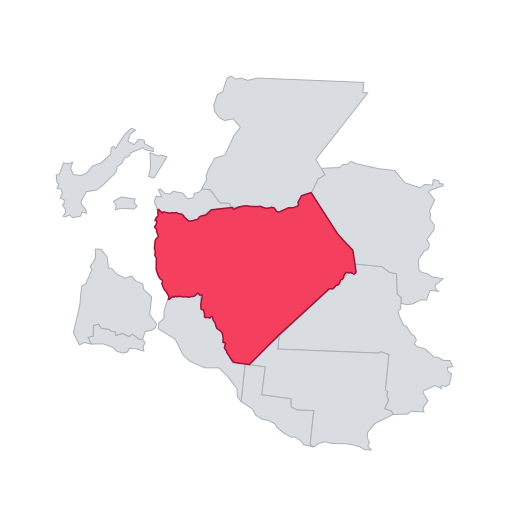 map of Algeria with Western Sahara, Mali, Mauritania and 7 others greyed out, rotated 276°
{"feature_id": "DZA", "entity_name": "Algeria", "entity_type": "country or territory", "adm_level": 0, "iso_a3": "DZA", "parent_name": "Africa", "parent_adm1": "", "projection": "equal_earth", "projection_center": [1.791, 28.04], "detail": "fine", "context": "with_neighbors", "style": "filled", "palette": "rose", "viewbox_px": 512, "rotation_deg": 276, "n_neighbors": 10, "source": "natural_earth", "source_scale": "50m", "svg_char_len": 10187}
<svg xmlns="http://www.w3.org/2000/svg" viewBox="0 0 512 512"><g transform="rotate(276 256 256)"><path d="M147.6,256.4L146.8,276.8L118.7,276.2L117.8,305.8L109.7,306.8L107.3,312.8L108.4,329.6L74.2,329.6L72.1,333.5L73.4,323.1L76.9,319.9L80.0,313.8L79.6,309.9L83.0,301.7L88.1,294.4L91.1,292.5L93.7,285.8L94.2,279.6L97.6,272.5L103.5,268.4L109.8,256.4L147.6,256.4Z" fill="#d9dde1" stroke="#a8b0b8" stroke-width="1"/><path d="M118.5,439.4L117.9,426.6L114.6,423.3L112.8,409.0L115.8,406.8L117.5,399.8L126.4,402.8L131.4,400.5L134.8,401.3L136.2,398.6L171.8,398.4L173.8,390.1L172.3,388.6L165.7,287.5L178.9,287.3L237.0,338.0L239.1,343.5L248.6,348.8L248.7,356.3L258.4,355.1L258.6,382.4L253.8,390.3L253.1,397.6L233.1,400.5L229.8,404.8L218.4,405.3L216.2,403.0L211.4,404.7L203.0,409.7L201.3,413.4L194.4,418.8L193.2,421.8L189.4,424.3L185.1,422.7L182.7,425.6L181.3,433.8L174.1,443.7L174.3,447.8L171.8,452.9L172.3,459.9L166.5,463.2L165.2,458.0L161.1,459.2L159.4,462.7L148.8,461.9L146.1,458.4L146.6,454.8L145.5,453.4L143.6,454.6L145.9,447.6L139.3,436.6L137.6,436.3L130.0,442.2L122.3,437.8L118.5,439.4Z" fill="#d9dde1" stroke="#a8b0b8" stroke-width="1"/><path d="M72.1,333.5L74.2,329.6L108.4,329.6L107.3,312.8L109.7,306.8L117.8,305.8L118.7,276.2L146.8,276.8L147.4,259.5L178.9,287.3L165.7,287.5L172.3,388.6L173.8,390.1L171.8,398.4L136.2,398.6L134.8,401.3L131.4,400.5L126.4,402.8L117.5,399.8L115.8,406.8L112.8,409.0L102.0,392.0L92.1,385.4L87.1,385.5L82.8,388.1L78.4,387.1L75.2,390.9L74.7,384.5L77.3,378.6L78.8,367.5L77.5,350.0L78.6,344.1L76.5,338.5L72.1,333.5Z" fill="#d9dde1" stroke="#a8b0b8" stroke-width="1"/><path d="M350.0,311.7L352.7,329.8L356.1,332.9L356.3,336.6L360.1,340.6L358.3,345.7L355.6,369.6L355.6,385.0L344.5,396.2L341.0,412.0L344.8,416.4L344.9,424.1L350.6,424.4L349.8,430.0L347.3,430.7L347.1,434.5L345.5,434.8L339.2,421.6L337.1,421.2L330.3,427.9L318.5,423.7L316.0,425.4L310.8,425.0L305.6,430.1L301.0,430.4L290.2,424.2L286.0,427.1L281.5,426.9L278.1,422.4L269.2,417.9L259.6,419.4L257.3,421.9L256.1,428.8L253.5,433.7L252.9,444.4L246.1,437.5L242.9,437.5L239.9,441.0L240.1,432.8L229.9,430.1L229.6,424.3L224.6,416.5L223.4,411.0L224.1,405.3L229.8,404.8L233.1,400.5L253.1,397.6L253.8,390.3L258.6,382.4L258.4,355.1L270.8,349.9L295.8,326.8L325.1,304.6L338.9,309.6L344.0,316.0L350.0,311.7Z" fill="#d9dde1" stroke="#a8b0b8" stroke-width="1"/><path d="M301.5,226.6L297.3,206.5L285.0,192.8L284.1,184.5L289.0,178.4L290.7,169.4L289.1,159.1L290.6,153.5L299.4,149.2L305.1,150.5L305.0,155.9L311.8,152.0L312.5,154.0L308.6,159.3L308.7,164.3L311.7,167.0L310.9,176.4L305.7,181.9L307.5,187.9L311.7,188.1L314.0,193.3L317.2,195.1L317.1,203.6L305.1,214.6L305.5,224.0L301.5,226.6Z" fill="#d9dde1" stroke="#a8b0b8" stroke-width="1"/><path d="M151.2,101.5L157.5,97.4L159.3,102.4L169.9,101.5L171.9,106.7L168.1,109.5L167.7,117.6L166.3,119.2L165.8,124.1L162.3,125.0L165.2,131.3L162.7,138.3L165.4,141.4L161.0,148.4L161.5,151.9L158.1,154.7L153.9,153.2L149.7,154.4L151.3,146.0L150.8,139.4L147.3,138.4L145.6,134.4L146.6,127.5L150.0,123.7L152.7,113.1L151.2,101.5Z" fill="#d9dde1" stroke="#a8b0b8" stroke-width="1"/><path d="M161.5,151.9L161.0,148.4L165.4,141.4L162.7,138.3L165.2,131.3L162.3,125.0L165.8,124.1L166.3,119.2L167.7,117.6L168.1,109.5L171.9,106.7L169.9,101.5L159.3,102.4L157.5,97.4L151.2,101.5L152.0,94.2L149.1,89.7L160.5,82.4L188.7,85.9L207.8,85.7L210.9,89.7L225.3,94.3L228.1,92.1L237.0,96.7L246.1,95.4L246.5,101.4L239.1,108.3L228.9,110.5L228.2,114.0L223.2,119.8L220.1,128.4L223.2,134.4L218.5,139.1L216.6,146.1L210.5,148.2L204.6,156.5L186.5,156.4L178.0,164.3L174.1,163.4L171.2,159.8L169.1,153.6L161.5,151.9Z" fill="#d9dde1" stroke="#a8b0b8" stroke-width="1"/><path d="M302.6,51.0L307.3,52.4L308.1,50.5L315.5,48.8L317.4,52.2L328.5,54.8L328.0,59.6L330.1,63.9L323.9,62.4L317.9,65.9L317.8,73.8L320.7,78.9L328.3,84.0L332.7,92.5L342.0,100.7L348.2,100.7L350.3,103.0L348.2,105.0L361.7,111.9L368.9,117.4L369.9,119.3L368.7,123.1L363.9,118.2L356.8,116.5L354.0,123.2L360.0,127.1L359.5,132.7L356.1,133.3L352.4,142.4L349.1,143.2L350.2,134.3L351.8,132.0L345.5,120.6L342.1,119.3L339.5,114.8L334.2,112.9L330.6,108.7L324.6,108.0L310.7,96.6L305.0,90.7L302.2,80.6L291.8,76.1L288.3,77.5L283.9,82.2L280.7,82.9L281.5,78.5L277.2,77.3L275.0,69.5L277.6,66.4L275.2,62.7L275.4,59.9L278.8,62.0L282.5,61.5L286.7,58.2L288.1,59.7L291.7,59.4L293.2,55.4L298.9,56.7L302.2,55.0L302.6,51.0ZM333.3,141.9L347.6,139.8L345.2,148.2L346.6,151.5L345.2,157.1L322.9,146.4L323.8,140.9L333.3,141.9ZM291.7,111.7L295.5,108.5L300.6,115.9L300.0,129.8L296.3,129.1L293.1,132.6L290.0,129.8L289.3,117.1L287.3,111.2L291.7,111.7Z" fill="#d9dde1" stroke="#a8b0b8" stroke-width="1"/><path d="M114.1,252.2L122.1,250.9L133.5,240.2L140.9,230.8L139.4,216.8L144.3,201.4L150.0,193.9L164.8,184.3L173.4,166.4L179.5,166.4L184.3,171.0L192.1,170.3L204.1,172.8L207.1,179.8L210.2,198.1L212.4,200.4L210.8,204.7L199.9,206.6L196.0,210.7L191.2,211.7L190.7,220.0L180.7,224.4L177.4,230.0L161.9,234.7L148.0,243.1L147.6,256.4L109.8,256.4L114.1,252.2Z" fill="#d9dde1" stroke="#a8b0b8" stroke-width="1"/><path d="M433.1,238.6L439.9,345.1L429.8,345.2L429.9,350.1L358.5,305.4L344.0,316.0L338.9,309.6L325.1,304.6L321.1,297.4L314.1,292.0L310.1,294.1L306.9,287.7L306.5,282.8L301.2,274.4L304.5,269.6L303.8,251.0L305.0,241.7L301.5,226.6L305.5,224.0L305.1,214.6L317.1,203.6L317.2,195.1L327.2,198.9L330.6,197.9L337.6,199.8L348.9,204.7L353.3,214.6L373.1,221.4L382.4,227.0L390.0,219.0L387.5,210.4L389.7,205.0L395.4,199.8L401.0,198.3L412.4,200.6L415.7,205.5L430.0,208.8L432.3,212.4L429.8,217.8L431.4,222.6L429.8,229.5L433.1,238.6Z" fill="#d9dde1" stroke="#a8b0b8" stroke-width="1"/><path d="M291.9,153.6L292.1,154.2L292.1,154.7L291.4,155.2L290.9,155.5L290.3,156.9L289.2,157.9L289.0,158.1L289.0,158.4L289.8,158.8L290.1,159.2L290.2,159.8L289.9,161.7L289.8,163.2L289.5,165.2L289.6,165.9L289.9,166.8L290.2,167.5L290.3,168.3L290.2,170.2L290.6,171.4L290.9,172.4L290.3,173.7L290.0,174.8L289.9,176.5L289.9,177.5L289.4,178.5L288.9,179.4L288.3,179.9L287.5,180.4L286.6,181.1L285.9,182.8L284.3,184.2L284.0,184.7L283.9,185.8L283.9,187.4L284.3,188.7L285.1,190.5L285.8,192.6L286.0,193.6L286.3,194.0L287.2,194.7L288.9,195.6L289.2,196.0L290.1,197.4L290.9,199.9L291.2,201.6L292.7,203.0L294.2,204.2L295.5,205.3L297.0,206.5L297.3,206.8L297.8,209.4L298.4,211.9L299.0,214.6L299.6,217.4L300.3,220.7L300.7,222.5L301.2,224.8L301.8,227.4L301.0,228.0L300.1,228.7L300.8,230.1L302.1,232.3L303.0,234.1L303.3,234.9L304.0,237.1L304.5,239.3L304.7,240.0L304.9,241.7L304.8,246.3L305.3,252.1L305.9,255.1L305.2,257.7L304.6,260.2L304.6,261.5L305.0,263.5L305.4,265.0L306.0,265.8L305.9,268.2L305.7,269.1L304.3,270.4L302.6,271.6L302.2,272.6L302.1,273.8L302.3,274.7L303.5,276.7L305.3,279.8L307.3,283.1L307.5,284.0L307.6,286.4L308.4,289.4L309.3,290.7L309.7,291.7L310.3,292.4L310.9,292.9L311.3,293.0L313.4,292.1L317.1,293.5L320.5,294.9L320.8,295.2L321.6,296.9L322.9,299.8L323.9,302.1L324.8,304.1L320.4,307.6L316.0,311.2L311.6,314.7L307.1,318.3L302.7,321.9L298.3,325.4L293.8,329.0L289.3,332.6L286.4,334.9L284.5,337.0L282.1,339.7L279.9,342.3L278.1,344.3L275.9,347.0L274.7,348.3L272.2,351.3L271.4,351.8L268.0,352.7L264.9,353.5L262.0,354.3L260.0,354.8L258.1,355.3L255.3,356.0L253.3,356.5L251.2,357.0L250.8,357.1L250.4,357.1L250.1,357.1L249.6,356.8L248.8,356.1L248.4,355.7L248.2,355.2L248.5,354.5L248.9,353.8L249.0,353.3L249.2,352.9L249.5,352.6L249.5,352.1L249.3,351.4L249.1,350.4L249.1,348.5L249.1,347.9L249.1,347.7L248.4,346.9L247.2,346.2L246.1,345.7L245.6,345.5L244.4,345.3L242.7,344.8L242.1,344.4L241.0,342.7L240.4,342.3L237.9,342.0L237.1,341.7L236.4,341.3L235.8,340.7L235.4,339.8L235.3,339.0L235.1,338.7L232.3,336.8L231.6,336.2L231.2,335.6L231.2,334.7L231.3,333.7L231.2,332.7L231.1,332.3L229.8,331.1L226.9,328.6L224.1,326.1L221.2,323.6L218.4,321.1L215.6,318.6L212.7,316.1L209.9,313.6L207.1,311.2L204.3,308.7L201.5,306.2L198.7,303.7L195.9,301.2L193.1,298.7L190.3,296.3L187.5,293.8L184.7,291.3L182.3,289.2L179.8,287.0L177.8,285.4L175.9,283.8L173.9,282.1L172.5,281.0L171.0,279.7L169.4,278.5L167.8,277.2L166.2,275.9L164.6,274.7L163.0,273.4L161.5,272.1L159.9,270.9L158.3,269.6L156.7,268.3L155.2,267.1L153.6,265.8L152.0,264.5L150.5,263.3L148.9,262.0L147.3,260.8L147.4,258.4L147.5,256.5L147.6,253.8L147.6,251.4L147.7,248.9L147.8,247.3L147.8,245.6L147.9,244.8L148.1,244.5L148.9,243.9L150.3,242.6L150.9,242.1L151.5,241.5L153.8,239.8L154.3,239.3L156.6,237.3L157.1,237.0L158.3,236.9L158.8,236.5L159.4,235.7L160.4,234.8L161.1,234.4L161.6,234.2L163.7,234.5L164.5,234.7L165.5,234.9L165.8,234.8L166.1,234.5L166.5,233.8L166.6,233.1L166.6,232.4L166.7,232.2L166.9,232.0L167.3,232.1L167.9,232.2L169.1,232.1L169.5,232.0L170.9,231.9L172.9,231.5L174.4,230.9L175.6,230.5L177.0,229.4L178.0,228.1L179.0,226.3L179.8,224.8L181.4,223.8L182.8,223.2L183.6,223.0L185.3,222.2L186.8,220.9L188.2,219.8L189.2,219.6L190.6,219.4L190.9,219.2L191.2,218.8L191.3,218.1L190.9,217.6L190.4,217.3L190.0,217.0L189.7,216.9L189.5,216.6L189.6,215.9L189.7,215.3L189.9,214.8L189.9,213.9L189.6,213.1L189.5,212.5L189.5,211.9L189.7,211.4L190.2,211.1L190.8,211.0L191.6,211.1L192.9,210.9L196.5,209.5L196.7,209.0L197.0,208.1L197.3,207.2L197.6,206.9L197.8,206.8L199.0,206.6L200.7,206.3L201.3,206.2L203.1,206.3L204.4,206.4L206.6,206.5L208.1,206.5L209.4,206.6L211.1,206.7L211.5,206.5L211.5,205.8L211.2,204.6L211.4,203.9L212.1,203.2L212.9,202.5L212.5,201.5L211.9,200.9L211.0,200.2L210.5,199.8L209.7,198.9L209.2,197.9L208.9,195.8L208.3,194.5L207.9,193.1L208.3,190.3L207.8,188.7L207.7,188.0L207.7,187.1L207.9,185.7L207.8,183.6L207.1,181.5L207.5,180.8L207.6,180.4L207.6,180.1L206.9,179.5L206.7,178.9L206.8,178.4L207.2,177.6L207.1,177.3L206.1,176.4L204.4,174.9L203.9,174.3L203.7,173.5L205.4,173.7L206.2,173.6L208.2,172.6L209.8,171.3L211.0,170.7L212.1,169.2L213.1,168.3L214.5,167.3L218.5,165.3L219.2,165.2L220.5,165.7L221.6,165.6L222.4,164.8L223.3,163.1L224.6,162.0L226.3,160.9L228.5,159.9L230.0,159.0L232.3,158.1L238.2,157.6L241.2,157.2L243.2,157.3L245.3,155.8L246.3,155.3L250.8,155.2L252.9,154.1L260.8,154.1L261.8,154.4L262.8,155.0L264.4,156.4L265.3,156.7L266.3,156.5L268.7,155.1L271.5,154.4L273.0,153.6L273.6,152.5L274.9,152.0L275.6,152.9L278.5,153.8L280.2,153.6L281.0,153.3L280.7,152.0L282.6,152.3L284.0,153.0L285.5,154.3L286.5,154.5L288.3,153.9L291.9,153.6Z" fill="#f43f5e" stroke="#9f1239" stroke-width="1.5"/></g></svg>